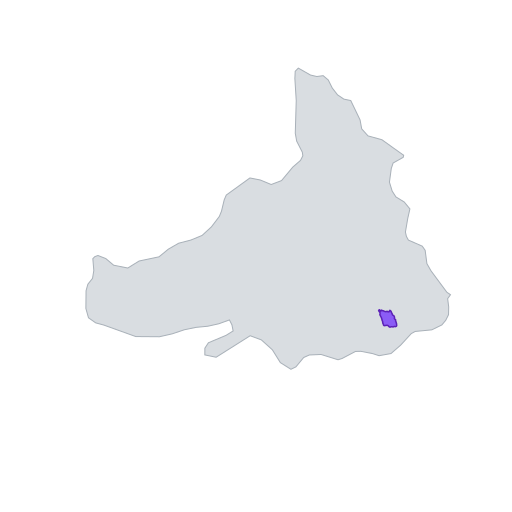 Laguna Salada, Valverde, Dominican Republic (highlighted), rotated 153°
{"feature_id": "3306468B11652899938830", "entity_name": "Laguna Salada", "entity_type": "district", "adm_level": 2, "iso_a3": "DOM", "parent_name": "Dominican Republic", "parent_adm1": "Valverde", "projection": "equal_earth", "projection_center": [-71.094, 19.659], "detail": "fine", "context": "in_parent", "style": "filled", "palette": "violet", "viewbox_px": 512, "rotation_deg": 153, "n_neighbors": 0, "source": "geoboundaries", "source_scale": "gbopen_adm2", "svg_char_len": 4029}
<svg xmlns="http://www.w3.org/2000/svg" viewBox="0 0 512 512"><g transform="rotate(153 256 256)"><path d="M101.0,351.5L101.5,330.0L104.1,321.3L101.7,312.2L91.0,302.4L84.5,289.8L78.7,278.7L80.0,277.1L91.6,276.6L95.7,272.6L103.6,261.2L105.2,252.0L104.5,245.1L99.4,236.8L97.5,228.1L103.8,220.5L112.0,209.5L113.1,205.2L113.0,201.0L103.4,189.3L102.7,184.3L107.2,171.6L106.8,163.3L102.4,137.1L100.3,133.2L104.6,131.0L107.4,123.2L111.1,116.3L116.1,112.6L121.7,110.2L132.9,110.4L148.4,116.5L152.8,116.4L167.6,110.9L180.0,107.8L191.6,111.3L196.3,116.0L205.9,123.5L210.7,125.8L225.8,125.6L230.0,126.3L242.7,138.7L253.4,143.6L259.6,143.9L270.8,139.1L276.3,139.2L282.7,149.9L284.0,165.0L289.3,178.8L297.4,187.6L337.5,183.9L346.5,191.1L343.4,197.1L337.8,200.3L318.7,198.9L310.4,199.6L308.7,205.6L308.7,211.1L319.9,212.5L330.8,215.3L342.0,219.7L353.3,222.8L366.1,224.7L378.7,227.9L399.7,238.8L423.0,263.6L429.2,269.2L433.3,277.0L431.4,286.5L423.2,302.2L418.6,307.2L411.8,310.3L407.1,316.7L402.6,327.7L399.9,328.6L396.6,328.2L391.0,321.9L387.0,312.4L375.7,303.5L362.4,304.6L342.8,299.3L331.0,301.9L319.1,302.5L306.9,299.8L294.7,298.8L282.5,302.2L270.7,307.9L266.4,311.6L258.8,320.5L254.8,323.8L226.0,328.3L217.7,321.8L210.0,312.8L199.0,311.6L182.9,318.5L172.9,321.0L168.8,324.0L167.6,327.4L167.6,339.9L165.3,347.5L149.6,376.2L140.8,396.5L137.2,402.8L133.0,404.2L125.3,392.5L120.3,388.3L114.3,386.2L111.7,380.0L111.8,371.1L110.2,362.6L106.5,355.9L101.0,351.5Z" fill="#d9dde1" stroke="#a8b0b8" stroke-width="1"/><path d="M160.8,145.6L161.0,146.1L161.2,146.5L161.3,146.7L161.4,146.8L161.5,146.8L161.7,146.7L162.0,146.6L162.2,146.4L162.3,146.1L162.4,145.9L162.5,145.9L162.8,146.1L163.1,146.1L163.4,146.2L163.6,146.2L163.7,146.3L163.8,146.4L163.9,146.5L164.0,146.7L164.1,146.9L164.1,147.0L164.3,147.2L164.5,147.3L165.1,147.3L165.4,147.4L165.5,147.4L165.8,147.6L166.0,147.7L166.2,147.9L166.4,148.2L166.6,148.3L166.8,148.5L167.1,148.8L167.2,149.1L167.3,149.3L167.5,149.4L167.8,149.6L168.2,150.0L168.3,150.1L168.4,150.3L168.5,150.5L168.8,150.8L169.0,150.8L169.1,150.7L169.4,150.4L169.5,150.3L169.8,150.3L170.0,150.3L170.2,150.5L170.3,150.7L170.3,150.8L170.3,151.1L170.3,151.6L170.3,151.8L170.4,152.0L170.5,152.0L170.8,152.1L171.1,151.9L171.1,151.7L171.3,151.5L171.4,151.4L171.5,151.4L171.5,150.7L171.4,150.2L171.3,149.7L171.2,149.5L171.2,149.3L171.3,149.2L171.5,148.6L171.6,148.4L171.7,148.2L172.0,147.8L172.2,147.6L172.2,147.4L172.3,147.3L172.3,147.1L172.3,146.7L172.3,144.1L172.3,143.8L172.4,143.6L172.4,143.4L172.5,143.0L172.6,142.8L172.6,142.7L172.6,142.2L172.7,141.8L172.8,141.6L172.9,141.4L172.9,141.1L172.9,140.5L172.9,140.2L173.0,140.0L173.1,139.7L173.2,139.4L173.4,139.0L173.4,138.8L173.5,138.7L173.5,137.7L173.5,137.4L173.6,137.2L173.7,136.8L173.7,136.7L173.7,136.3L173.6,136.1L173.4,135.7L173.1,135.6L172.9,135.6L172.6,135.4L172.4,135.3L172.0,135.3L171.8,135.2L171.7,135.2L171.4,135.0L171.0,134.9L170.9,134.8L170.6,134.6L170.3,134.5L170.2,134.4L170.0,134.1L169.9,133.9L169.8,133.6L169.7,133.3L169.7,133.1L169.5,132.7L169.4,132.2L169.2,132.0L168.9,131.9L168.6,131.7L168.3,131.6L167.7,131.6L167.4,131.5L167.1,131.3L166.9,131.2L166.6,130.9L166.3,130.8L166.1,130.6L165.9,130.5L165.6,130.5L165.0,130.5L164.8,130.5L164.7,130.4L164.2,130.0L164.0,129.9L163.9,129.8L163.7,129.7L163.0,129.7L162.8,129.7L162.7,129.8L162.4,130.0L162.2,130.2L162.1,130.4L162.0,130.6L161.9,130.9L161.8,131.2L161.7,131.5L161.5,131.9L161.5,132.0L161.4,132.2L161.4,132.7L161.4,132.9L161.3,133.0L161.2,133.4L161.2,133.6L161.1,133.9L161.1,134.4L161.1,134.7L161.1,134.8L161.0,135.0L160.7,135.4L160.6,135.6L160.6,135.8L160.6,136.1L160.7,136.3L160.8,136.5L161.0,136.9L161.1,137.0L161.1,137.4L161.0,137.5L160.8,138.0L160.7,138.1L160.5,138.3L160.4,138.5L160.3,138.9L160.3,139.1L160.3,139.4L160.3,139.8L160.3,140.1L160.3,140.3L160.5,140.6L160.9,141.1L161.0,141.3L161.1,141.5L161.1,141.9L161.1,142.0L160.9,142.6L160.9,142.9L160.9,143.2L160.9,143.4L160.9,143.6L161.0,143.8L161.0,144.0L160.9,144.5L160.8,145.0L160.8,145.6Z" fill="#8b5cf6" stroke="#5b21b6" stroke-width="1.5"/></g></svg>